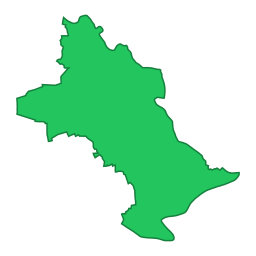 the district of Phu Cu, Hưng Yên, Vietnam
{"feature_id": "81297802B40785510400399", "entity_name": "Phu Cu", "entity_type": "district", "adm_level": 2, "iso_a3": "VNM", "parent_name": "Vietnam", "parent_adm1": "Hưng Yên", "projection": "albers", "projection_center": [106.192, 20.713], "detail": "fine", "context": "isolated", "style": "filled", "palette": "green", "viewbox_px": 256, "rotation_deg": 0, "n_neighbors": 0, "source": "geoboundaries", "source_scale": "gbopen_adm2", "svg_char_len": 5698}
<svg xmlns="http://www.w3.org/2000/svg" viewBox="0 0 256 256"><path d="M16.9,98.4L17.2,103.0L17.3,107.7L17.2,109.3L17.3,112.2L17.0,114.2L35.2,120.0L35.1,120.5L35.1,121.3L37.1,121.5L39.8,121.7L42.8,121.6L44.3,122.1L44.8,122.3L45.1,122.5L45.3,123.5L47.0,123.5L47.0,130.8L47.1,134.9L47.5,136.1L48.5,141.4L49.5,141.3L52.2,140.6L51.5,138.4L56.7,135.2L58.1,134.4L59.9,133.9L66.8,131.9L67.5,133.9L68.7,136.3L71.5,135.0L74.7,133.8L75.4,136.1L75.5,136.2L75.7,136.3L76.1,136.1L78.5,134.8L79.6,136.2L80.2,136.1L85.3,136.2L86.1,136.2L86.7,137.3L88.4,138.8L91.5,140.9L92.7,141.8L93.1,142.7L93.3,144.2L93.3,146.6L93.4,147.2L93.8,148.1L94.8,149.3L95.4,149.1L95.9,149.1L96.4,149.4L96.7,149.9L96.8,150.5L96.9,151.5L97.5,152.3L98.1,153.2L96.3,153.2L93.3,153.4L93.6,154.4L94.3,156.1L95.2,157.7L97.8,155.9L99.5,155.0L100.2,154.8L100.8,155.8L101.0,156.0L102.2,156.8L102.3,157.2L102.3,158.1L102.5,158.6L104.6,161.7L104.2,163.7L103.8,166.3L106.4,166.1L107.3,165.2L107.8,165.9L108.4,165.8L110.0,165.2L112.0,164.1L112.7,166.1L114.0,165.4L115.2,165.1L115.3,166.6L115.3,171.2L115.5,172.0L116.4,172.0L118.3,171.3L120.2,171.2L121.9,171.4L122.8,171.6L123.1,171.9L123.5,172.4L123.7,174.1L124.0,174.4L124.7,174.6L125.3,174.7L128.3,183.7L130.3,182.5L133.2,185.6L134.8,190.7L135.1,197.4L135.6,201.3L135.7,204.7L131.5,205.4L131.0,208.5L128.9,208.4L128.2,210.1L128.0,210.4L127.4,210.9L126.2,211.5L125.8,211.8L125.8,212.0L125.8,213.3L125.5,213.8L125.3,213.9L125.1,214.0L124.5,213.5L124.2,213.5L123.7,213.8L123.2,213.9L122.8,213.7L122.2,213.8L121.8,213.9L121.7,214.4L123.0,217.5L123.4,218.9L123.5,219.9L123.5,220.3L122.1,222.7L121.6,223.8L123.1,224.7L125.8,226.6L133.0,231.2L136.9,234.0L140.0,236.3L140.8,236.7L141.5,236.9L143.0,237.2L146.8,237.7L155.5,238.2L157.3,238.5L158.9,238.8L163.6,240.3L165.4,240.6L168.6,240.6L171.2,240.6L172.5,240.3L173.4,239.8L173.8,239.2L174.0,238.4L174.0,237.8L173.9,237.1L173.7,236.4L173.0,234.7L172.4,233.9L170.1,231.4L167.8,229.2L164.2,225.2L161.7,221.8L161.5,221.3L161.3,220.9L161.3,220.3L161.5,219.8L161.8,219.4L163.3,218.4L165.1,217.5L167.0,216.9L168.9,216.5L173.0,216.1L176.2,215.6L181.1,214.1L183.7,213.1L184.9,212.5L185.9,211.6L186.5,210.8L187.6,208.9L189.1,205.9L190.2,203.9L191.2,202.6L195.1,198.6L200.3,194.5L203.1,192.6L205.3,191.2L207.9,189.9L209.8,189.3L210.9,188.8L215.4,187.3L217.3,186.6L219.3,186.1L221.9,185.2L224.1,184.6L227.7,183.2L234.0,180.5L235.4,179.5L236.3,178.7L238.2,176.4L238.6,175.7L239.0,174.8L239.1,174.2L239.1,172.6L232.3,173.1L231.5,173.1L228.8,172.5L228.0,172.2L225.6,170.6L222.5,167.9L222.2,167.9L220.1,170.0L219.4,169.8L217.0,168.1L215.8,169.0L215.0,168.7L214.4,168.9L212.7,169.7L212.2,169.9L211.5,169.7L210.9,169.1L209.9,169.1L209.3,169.5L209.0,169.5L208.7,169.3L208.4,169.1L208.1,168.1L208.2,166.9L208.4,165.8L206.4,165.1L205.9,164.8L205.7,164.4L205.7,164.1L205.8,162.3L205.7,161.5L205.6,161.2L205.2,160.7L203.7,159.4L203.1,158.7L202.6,157.6L202.2,156.0L201.8,155.5L200.7,154.6L198.3,152.6L194.1,149.6L188.3,145.3L186.7,144.2L185.9,143.8L183.6,142.9L179.3,141.7L178.4,141.3L178.2,141.0L177.6,140.3L177.2,139.3L175.7,136.4L174.9,133.7L174.5,132.9L173.4,130.1L173.2,129.6L172.8,126.5L172.5,122.9L172.5,122.3L172.4,121.6L172.0,120.9L171.1,119.7L169.3,117.8L167.7,116.0L166.4,113.7L165.5,111.4L165.1,110.6L164.7,110.0L164.3,109.6L163.9,109.2L162.7,108.3L161.9,107.6L160.0,106.8L157.1,104.9L156.2,104.0L154.8,101.3L154.5,100.3L154.4,99.9L154.5,99.3L155.8,98.3L156.4,97.8L156.8,97.6L157.3,97.4L158.3,97.4L163.7,98.2L164.1,98.1L164.3,97.9L164.3,97.7L164.5,95.8L164.8,93.4L164.9,92.1L164.9,89.5L164.7,86.8L164.1,83.5L163.1,80.3L162.0,77.1L161.8,76.6L161.9,75.0L161.8,74.1L160.6,71.8L160.7,70.8L160.6,70.0L160.4,69.8L160.0,69.6L159.3,69.4L158.2,69.4L157.0,69.3L151.6,68.0L147.1,67.7L145.9,67.6L143.7,67.8L143.1,67.7L142.3,67.4L140.6,65.9L139.8,65.1L138.9,64.4L136.1,62.7L135.7,62.3L134.3,60.4L133.0,58.9L132.6,58.3L131.9,56.6L131.0,52.9L130.8,52.5L129.9,51.3L128.9,50.3L128.4,49.9L127.9,49.2L127.7,48.7L127.6,47.5L127.3,46.6L126.6,45.5L124.1,45.7L123.3,45.5L122.5,45.2L121.3,44.4L120.7,44.1L120.1,44.0L119.4,44.2L118.6,44.5L117.7,45.1L116.8,46.0L116.0,47.2L115.0,49.2L114.5,49.8L114.0,50.2L113.3,50.4L112.7,50.4L110.0,49.8L109.3,49.3L108.3,48.5L107.6,47.9L106.9,47.1L106.3,46.2L105.5,44.7L104.7,42.4L104.2,41.7L102.6,39.6L101.9,38.6L101.0,37.4L99.6,35.3L99.4,34.7L99.4,34.1L99.7,33.5L100.0,33.1L100.3,32.8L101.7,32.1L102.4,31.5L102.8,31.0L102.9,30.4L102.9,29.8L102.7,29.3L102.3,28.7L101.8,27.9L100.9,27.0L100.3,26.6L99.8,26.5L99.4,26.5L99.0,26.6L98.4,26.9L97.4,27.8L96.4,28.3L95.9,28.5L95.6,28.3L95.3,27.9L94.7,26.5L94.2,24.8L93.9,24.2L91.9,21.7L90.7,19.6L89.9,18.6L87.9,16.5L87.3,15.9L86.7,15.5L86.1,15.4L84.9,15.4L81.6,16.3L80.7,16.7L80.1,17.1L79.7,17.7L79.3,18.5L78.7,20.7L78.4,21.3L78.0,21.9L77.3,22.4L76.3,22.9L75.2,23.2L74.2,23.4L73.3,23.3L72.4,23.1L71.4,22.7L68.2,21.2L66.4,19.9L63.6,17.5L63.1,19.9L62.7,22.3L62.5,24.1L65.9,25.1L65.2,27.0L66.7,28.6L66.9,29.1L67.2,30.3L67.5,32.5L67.6,32.9L67.9,33.4L68.1,34.0L68.3,35.8L66.0,35.8L61.6,35.8L61.9,37.7L61.8,38.1L61.0,39.5L60.2,40.6L60.4,40.8L60.5,41.1L60.8,42.0L60.9,42.5L60.8,44.2L60.9,44.6L61.1,45.0L61.4,45.4L62.9,46.6L63.2,47.0L63.2,47.6L63.0,48.4L62.3,50.2L62.1,50.8L62.1,51.3L62.2,52.7L62.3,54.9L62.3,56.2L61.9,57.1L60.7,59.2L58.3,59.5L57.9,59.7L57.6,59.9L57.3,60.2L56.7,61.1L57.1,61.3L58.8,62.6L59.5,63.7L60.2,64.2L61.5,63.8L63.0,64.6L63.5,64.9L63.8,65.2L64.1,65.6L64.2,67.3L64.2,67.5L64.5,67.8L65.1,68.0L68.7,68.0L66.9,69.7L65.2,71.8L61.5,75.9L61.1,76.5L60.9,77.0L61.0,79.7L61.2,82.3L61.1,83.2L59.2,84.0L56.2,85.0L54.9,85.3L42.3,84.6L42.7,86.6L41.1,87.2L38.7,88.1L36.2,89.1L34.6,89.7L28.5,91.3L27.6,92.4L26.2,94.1L26.0,94.6L26.0,95.5L24.5,96.0L16.9,98.4Z" fill="#22c55e" stroke="#15803d" stroke-width="1.5"/></svg>